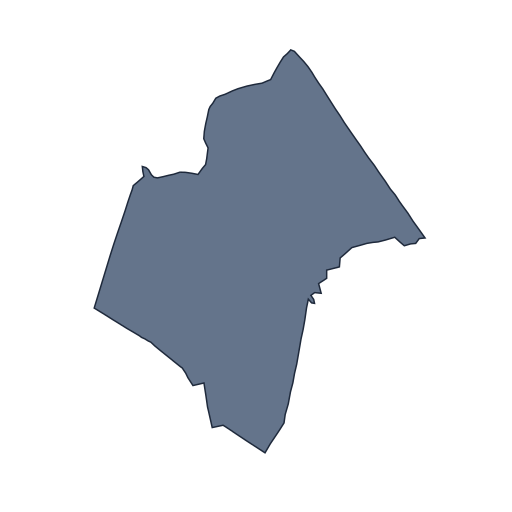 Heet, Al-Anbar, Iraq, rotated 168°
{"feature_id": "34846034B36962706181157", "entity_name": "Heet", "entity_type": "district", "adm_level": 2, "iso_a3": "IRQ", "parent_name": "Iraq", "parent_adm1": "Al-Anbar", "projection": "albers", "projection_center": [42.654, 33.814], "detail": "fine", "context": "isolated", "style": "filled", "palette": "slate", "viewbox_px": 512, "rotation_deg": 168, "n_neighbors": 0, "source": "geoboundaries", "source_scale": "gbopen_adm2", "svg_char_len": 2085}
<svg xmlns="http://www.w3.org/2000/svg" viewBox="0 0 512 512"><g transform="rotate(168 256 256)"><path d="M425.1,238.7L417.7,231.7L409.7,223.9L397.2,211.9L386.6,202.2L384.9,200.2L382.0,198.1L379.1,195.3L376.8,193.6L373.5,188.8L369.0,183.2L357.3,168.8L352.9,163.4L351.4,161.8L350.4,159.2L349.1,156.0L347.9,151.1L344.6,142.4L333.3,142.6L333.7,135.7L334.0,130.1L334.4,124.1L334.8,118.4L334.7,114.4L334.5,97.3L323.4,97.3L321.3,95.3L311.4,85.1L303.5,77.0L288.1,61.6L281.0,69.4L274.8,75.4L271.5,78.6L267.5,82.6L263.3,86.9L260.4,94.9L255.2,104.6L250.5,116.0L246.3,124.3L242.7,133.2L238.7,141.7L234.2,152.9L229.2,165.5L225.2,174.3L221.6,183.2L217.3,194.9L215.4,199.2L213.8,202.9L211.4,198.6L208.6,197.5L208.6,201.5L210.5,206.1L206.2,208.0L200.0,206.0L200.5,216.0L191.5,219.5L189.8,227.5L176.7,228.0L174.1,236.6L168.4,239.7L160.5,244.3L151.8,244.8L144.9,245.3L138.7,245.0L133.7,244.4L126.1,244.7L116.4,245.5L112.1,239.5L108.8,235.2L102.2,235.7L97.2,235.1L92.7,239.1L86.9,238.5L91.1,248.2L95.3,257.7L98.5,266.3L102.5,275.1L104.7,280.2L104.8,280.6L107.1,286.7L110.7,293.6L114.0,302.2L118.4,312.3L121.4,320.0L125.3,328.2L128.1,334.8L131.0,342.3L134.0,349.2L137.2,356.8L138.0,358.7L141.9,368.1L144.6,375.6L147.8,383.4L150.8,391.5L153.5,398.8L156.0,405.7L158.8,412.1L161.3,418.6L163.1,423.9L165.7,430.2L168.8,436.2L172.3,442.0L175.9,448.2L179.2,450.4L179.5,450.1L183.4,447.4L187.7,445.0L191.9,440.7L196.7,435.4L200.1,431.5L205.0,425.5L208.6,424.9L214.1,423.8L221.5,424.1L229.4,424.1L238.7,423.4L244.8,422.4L252.7,420.6L258.1,420.0L262.5,418.7L266.5,414.4L269.7,411.8L271.7,409.1L274.7,402.2L277.6,396.0L280.6,388.7L282.7,381.6L281.8,377.1L280.4,371.7L282.2,366.6L284.0,361.4L286.3,355.9L290.2,352.9L295.8,347.8L296.0,347.9L301.4,350.2L307.6,352.5L313.0,353.8L319.4,353.1L324.8,353.1L330.5,352.9L336.2,352.9L339.5,354.3L341.4,357.1L343.2,362.7L345.2,365.3L348.6,367.2L349.1,362.0L349.1,357.1L351.8,355.6L356.8,352.8L361.4,350.4L363.4,346.5L365.9,342.5L370.0,335.6L374.6,327.5L380.7,317.2L386.9,306.9L392.5,297.4L398.2,287.4L425.1,238.7Z" fill="#64748b" stroke="#1e293b" stroke-width="1.5"/></g></svg>